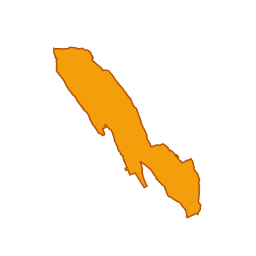 outline of Contla de Juan Cuamatzi, Tlaxcala, Mexico, rotated 32°
{"feature_id": "50627088B55272636333464", "entity_name": "Contla de Juan Cuamatzi", "entity_type": "district", "adm_level": 2, "iso_a3": "MEX", "parent_name": "Mexico", "parent_adm1": "Tlaxcala", "projection": "mercator", "projection_center": [-98.137, 19.32], "detail": "fine", "context": "isolated", "style": "filled", "palette": "amber", "viewbox_px": 256, "rotation_deg": 32, "n_neighbors": 0, "source": "geoboundaries", "source_scale": "gbopen_adm2", "svg_char_len": 5892}
<svg xmlns="http://www.w3.org/2000/svg" viewBox="0 0 256 256"><g transform="rotate(32 128 128)"><path d="M32.6,110.3L33.5,111.2L34.0,112.6L34.9,113.6L35.4,114.9L36.2,115.9L36.8,117.1L37.2,117.4L37.7,118.0L38.2,117.9L38.9,118.2L40.0,118.5L40.8,119.0L44.6,120.1L45.5,120.7L46.8,121.0L48.7,121.8L50.7,123.1L52.0,123.8L54.0,125.2L56.0,126.0L56.8,126.7L57.7,127.1L58.9,127.2L59.7,127.5L60.5,127.6L61.1,127.9L61.6,128.4L63.6,129.1L64.8,129.3L65.6,129.3L66.1,129.6L66.7,129.6L66.9,129.8L67.5,129.9L68.5,130.4L69.3,131.2L70.2,131.5L70.7,131.9L71.3,132.0L71.6,132.4L72.1,132.4L73.1,132.8L73.6,133.2L73.8,133.3L74.6,133.1L75.0,133.7L76.0,134.1L76.6,134.1L76.8,133.9L77.6,134.6L78.7,134.8L78.9,135.3L80.0,135.3L80.5,136.0L81.6,136.0L82.4,136.4L84.7,136.7L86.4,137.4L88.3,138.4L89.3,139.3L90.1,139.6L90.7,140.7L91.1,141.0L92.4,141.3L93.3,142.2L94.9,142.9L95.8,143.6L96.9,144.1L98.9,144.5L100.9,145.5L101.4,145.5L102.0,146.0L102.7,146.3L103.3,146.8L104.6,147.2L105.9,148.0L107.3,147.6L107.6,147.4L108.2,147.4L109.0,147.5L110.2,148.0L111.6,146.0L111.4,145.7L110.5,145.1L110.5,144.8L109.8,144.2L109.4,144.2L109.3,143.8L108.1,142.8L107.2,142.3L106.8,141.9L108.8,139.5L108.8,139.0L107.1,138.1L106.8,137.6L106.8,137.3L107.4,137.2L108.5,137.7L109.0,137.6L109.6,137.9L111.1,138.1L112.7,138.8L113.2,138.9L113.8,138.6L114.5,138.6L117.6,140.4L119.4,142.1L122.8,144.9L123.0,145.7L123.5,146.2L124.2,146.6L125.3,146.8L126.7,148.1L128.4,149.0L129.2,150.0L129.9,150.3L130.8,151.4L131.7,151.9L132.1,152.0L132.4,152.3L133.1,152.2L133.5,152.3L135.2,153.6L135.4,154.0L136.5,154.2L136.8,154.4L137.2,154.5L138.1,154.4L138.4,154.5L140.0,156.1L140.9,156.8L141.2,157.4L141.9,158.1L142.3,157.9L142.6,157.9L143.0,158.5L143.3,158.7L145.3,160.1L145.6,160.1L146.1,160.6L147.3,161.3L147.5,161.6L148.1,161.8L148.4,162.1L146.9,163.7L148.0,164.7L148.3,164.4L149.0,164.9L150.2,163.5L152.0,164.7L152.3,164.9L152.2,165.0L152.3,165.2L154.3,166.8L158.0,162.4L173.3,169.9L174.9,167.1L174.3,166.9L173.5,166.4L171.6,165.1L170.5,164.2L167.4,162.1L166.2,161.0L165.5,160.0L164.5,159.1L163.8,158.9L163.5,158.5L163.6,157.9L163.3,157.4L162.9,157.3L162.8,156.9L162.4,156.4L162.3,155.6L162.0,155.4L161.4,154.5L160.8,154.4L158.4,151.4L157.9,151.1L157.3,151.1L156.6,150.3L156.5,150.0L161.4,150.1L162.4,150.2L163.7,150.6L165.8,150.6L166.9,150.9L168.1,151.1L169.1,151.1L170.7,151.6L171.6,152.3L173.3,153.0L174.3,153.6L175.5,153.8L177.2,154.6L178.3,155.4L178.8,156.1L180.8,156.1L181.2,156.5L182.0,156.9L182.9,157.0L183.8,157.3L185.2,157.3L186.0,157.8L186.7,158.0L190.1,158.2L190.9,159.4L192.6,160.6L193.7,161.2L195.0,162.6L195.5,162.7L196.9,163.7L198.4,164.5L199.2,164.5L201.8,163.8L203.9,164.2L208.0,164.2L210.3,164.0L211.1,163.8L212.7,163.8L213.5,164.6L214.2,165.0L216.1,165.7L218.1,166.2L220.7,167.5L222.9,169.3L224.2,171.2L224.8,172.4L225.0,172.6L225.6,172.6L226.1,172.2L228.2,168.8L231.3,164.4L231.9,164.1L232.9,164.4L232.5,162.5L232.4,161.0L232.5,159.6L232.4,158.9L232.1,158.1L231.4,157.0L230.9,156.2L230.8,155.2L230.5,154.9L229.9,154.5L227.6,153.9L227.0,153.5L226.5,152.9L225.9,151.3L224.0,147.8L222.9,145.2L221.1,143.4L221.1,142.1L219.5,140.5L219.3,140.1L219.1,139.0L218.9,138.6L218.2,138.0L217.3,137.6L217.1,137.3L216.7,136.2L216.8,135.3L216.6,134.9L215.0,132.9L214.7,132.6L213.5,132.1L212.5,130.9L211.2,129.9L210.9,129.9L209.9,129.7L206.3,128.2L205.8,127.7L205.6,127.1L205.0,126.2L202.9,124.7L202.0,123.4L201.7,123.0L201.0,122.5L199.3,121.5L198.5,121.3L197.6,120.7L197.4,120.8L197.5,121.4L197.0,122.0L196.5,123.0L196.2,124.0L195.3,123.9L192.3,129.1L192.0,129.1L191.6,129.0L190.8,128.1L190.4,128.0L190.0,128.4L189.0,128.0L187.3,127.7L186.8,127.5L186.3,127.1L186.1,125.8L185.8,125.6L184.6,125.4L183.8,125.0L183.5,125.1L183.7,125.3L184.4,125.6L184.7,125.8L184.7,126.0L184.5,126.6L184.8,127.0L184.7,127.1L183.8,126.6L183.1,126.4L181.0,125.2L179.9,125.0L178.1,124.4L177.9,124.5L176.2,124.6L176.3,124.7L175.7,125.0L175.1,124.7L174.7,124.7L174.3,124.9L173.0,124.2L172.4,123.5L171.4,123.6L170.4,123.0L169.8,122.9L167.7,123.1L166.4,123.0L165.9,123.0L163.9,126.0L163.4,126.3L162.2,126.5L160.7,128.0L159.4,129.7L157.9,131.3L156.9,131.8L156.2,130.5L154.9,129.6L153.4,129.1L152.2,128.1L150.1,127.2L149.7,126.9L148.7,125.4L147.7,124.1L145.6,122.4L144.3,121.8L142.0,120.3L140.6,119.6L140.4,119.4L139.5,118.9L139.2,118.5L138.7,118.4L138.0,117.8L136.9,117.4L136.5,116.6L136.0,116.4L135.8,116.0L135.2,115.6L135.0,115.1L133.8,114.2L133.4,113.8L133.0,113.7L132.2,113.0L131.7,112.4L131.4,112.2L130.8,112.2L130.3,111.8L130.1,111.3L129.5,110.7L126.8,108.7L126.5,108.3L126.0,107.7L124.5,107.0L123.2,106.8L122.0,106.9L121.3,106.3L120.4,106.0L119.2,105.1L117.1,104.0L116.8,103.2L115.8,102.8L115.1,102.2L114.6,102.1L114.6,101.9L114.2,101.6L113.7,101.6L112.6,101.4L112.2,101.4L111.9,101.1L110.9,100.9L110.7,100.7L110.4,100.5L109.5,100.4L109.5,100.2L109.2,100.0L107.9,99.6L107.3,99.1L107.0,99.2L106.0,98.7L105.3,98.5L102.3,97.2L101.7,97.1L100.1,96.5L97.5,96.0L96.8,95.5L96.6,95.4L96.1,95.7L95.9,95.2L95.6,95.0L94.4,94.7L93.9,94.4L93.5,94.3L92.9,94.3L92.4,94.2L91.7,93.8L90.8,93.6L90.2,93.0L89.4,92.8L88.9,92.4L88.5,92.2L87.5,92.0L86.5,91.3L85.8,91.4L85.0,91.0L81.9,90.0L80.7,89.9L79.7,90.1L78.2,91.2L77.4,91.4L77.2,91.5L76.4,92.7L75.9,92.7L75.4,92.0L74.9,91.7L73.9,91.6L72.6,90.9L71.5,91.0L69.2,90.6L68.7,90.6L67.5,90.5L64.5,89.9L62.8,89.8L61.6,89.2L61.1,88.8L61.3,87.4L61.2,87.0L60.3,86.6L60.3,86.3L60.0,86.0L58.7,85.6L58.2,85.4L57.7,84.9L56.6,84.0L56.1,84.1L54.9,83.4L54.3,83.5L53.6,83.4L52.0,83.6L50.0,84.6L49.2,84.7L47.2,84.5L43.4,87.7L43.1,87.8L41.6,87.6L36.7,89.9L36.0,90.6L35.0,92.5L31.5,95.1L29.9,96.1L26.7,97.7L24.6,99.2L23.1,99.7L23.3,99.9L24.0,101.8L24.6,102.8L26.3,104.1L26.8,104.7L27.7,105.0L28.2,105.6L28.3,105.9L28.5,105.9L28.8,106.1L28.6,106.3L28.7,106.6L29.5,106.8L30.1,107.2L30.3,107.1L30.6,106.7L30.7,106.8L30.9,107.6L31.6,108.2L31.6,108.5L31.5,108.9L31.8,109.2L31.9,109.6L32.3,109.9L32.6,110.3Z" fill="#f59e0b" stroke="#b45309" stroke-width="1.5"/></g></svg>